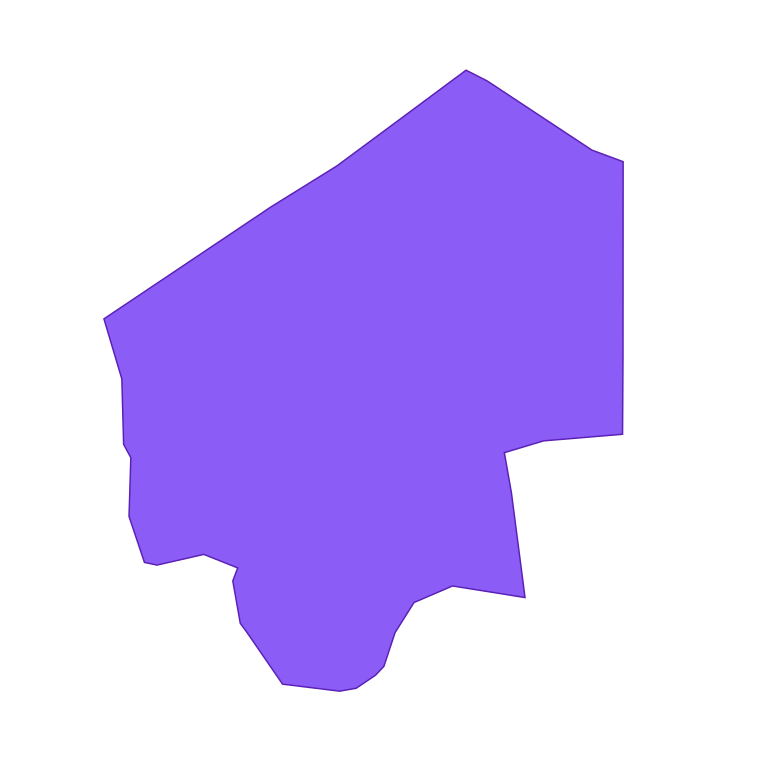 the Region of Bay, rotated 170°
{"feature_id": "SOM-2313", "entity_name": "Bay", "entity_type": "Region", "adm_level": 1, "iso_a3": "SOM", "parent_name": "Somalia", "parent_adm1": "", "projection": "mercator", "projection_center": [43.708, 2.69], "detail": "fine", "context": "isolated", "style": "filled", "palette": "violet", "viewbox_px": 768, "rotation_deg": 170, "n_neighbors": 0, "source": "natural_earth", "source_scale": "10m", "svg_char_len": 587}
<svg xmlns="http://www.w3.org/2000/svg" viewBox="0 0 768 768"><g transform="rotate(170 384 384)"><path d="M481.0,89.2L536.0,106.0L562.3,163.6L567.1,173.2L567.1,216.3L560.0,228.3L591.1,247.5L639.0,245.1L650.9,249.9L658.1,297.9L646.1,355.4L650.9,369.8L641.3,434.5L648.5,496.8L464.2,578.2L392.4,607.0L330.1,638.1L248.7,678.8L229.6,664.4L138.6,578.2L109.9,561.4L136.2,412.9L143.4,372.2L157.8,293.1L236.8,300.3L277.4,295.5L277.4,254.7L282.2,149.2L351.7,173.2L392.4,163.6L416.3,137.2L433.1,106.0L442.7,98.8L464.2,89.2L481.0,89.2Z" fill="#8b5cf6" stroke="#5b21b6" stroke-width="1.5"/></g></svg>